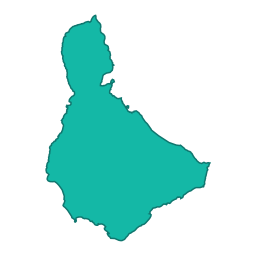 the district of North West Malekula, Malampa, Vanuatu
{"feature_id": "77236927B23242879306276", "entity_name": "North West Malekula", "entity_type": "district", "adm_level": 2, "iso_a3": "VUT", "parent_name": "Vanuatu", "parent_adm1": "Malampa", "projection": "albers", "projection_center": [167.222, -16.023], "detail": "fine", "context": "isolated", "style": "filled", "palette": "teal", "viewbox_px": 256, "rotation_deg": 0, "n_neighbors": 0, "source": "geoboundaries", "source_scale": "gbopen_adm2", "svg_char_len": 5710}
<svg xmlns="http://www.w3.org/2000/svg" viewBox="0 0 256 256"><path d="M180.5,145.2L179.6,145.5L176.3,145.1L169.0,142.5L158.5,135.7L151.3,130.0L151.2,129.4L147.3,123.8L145.2,121.8L142.4,117.7L141.7,115.8L139.8,114.2L139.0,112.9L136.3,110.9L134.0,111.3L133.8,112.0L132.2,112.2L131.3,112.4L131.4,112.7L130.2,112.0L129.6,112.2L129.5,111.9L128.1,111.3L126.9,109.1L125.8,107.6L126.3,107.5L128.4,108.0L128.6,107.0L128.5,106.0L127.9,106.1L127.6,105.8L126.8,106.2L126.5,106.6L125.9,106.8L124.4,105.7L124.4,105.3L124.0,104.7L122.4,102.9L122.7,102.6L122.4,101.7L121.7,101.0L121.8,100.5L121.2,99.5L121.3,98.0L118.3,98.7L117.4,98.4L116.8,98.4L115.6,97.2L115.1,97.2L114.8,96.9L114.5,96.3L113.8,95.8L113.1,95.9L113.2,95.7L111.9,95.0L111.4,93.8L110.7,93.8L110.4,93.4L109.8,93.3L109.6,92.5L109.8,90.3L110.8,89.5L110.6,88.2L111.5,86.9L111.8,86.0L112.0,85.4L111.7,85.0L112.2,83.6L112.3,82.8L114.3,81.8L113.7,80.0L112.4,79.4L112.2,79.8L111.5,80.3L111.0,81.3L110.5,83.8L109.7,83.9L109.2,83.6L107.5,83.9L106.5,84.4L105.8,85.1L104.0,85.7L103.8,85.5L102.8,85.9L100.4,85.6L100.6,83.3L101.5,82.0L101.8,81.8L101.8,80.4L102.3,79.0L102.9,75.8L103.5,74.8L106.4,73.1L110.1,72.4L112.3,70.2L112.8,67.7L112.6,65.9L113.8,65.1L113.1,64.5L112.5,65.0L112.4,63.8L112.7,62.9L111.8,61.6L111.8,61.0L111.5,60.4L110.0,58.8L110.1,57.4L109.9,56.7L110.5,55.2L109.8,51.9L107.9,50.1L108.4,49.6L108.6,49.0L108.1,46.5L107.5,45.8L104.6,44.2L104.1,42.3L104.1,41.2L104.9,38.4L104.8,36.2L103.6,34.3L102.2,33.5L101.5,32.8L100.9,32.6L100.5,31.0L100.4,28.4L100.8,27.0L100.6,24.7L99.8,23.3L98.1,21.8L96.2,19.1L95.9,18.3L95.9,16.3L95.6,15.4L94.5,15.7L92.8,17.2L91.5,19.5L91.0,21.3L90.3,21.6L89.9,22.3L89.7,22.4L88.4,21.5L87.7,21.6L85.2,22.3L83.5,23.5L83.1,23.4L82.2,23.8L81.4,23.7L80.8,24.2L77.5,24.9L77.0,25.5L76.4,25.3L75.8,25.7L74.8,25.8L74.0,26.3L73.0,26.5L70.3,28.8L69.3,30.3L68.9,31.8L66.0,33.1L65.3,34.2L65.2,34.8L65.2,35.3L65.7,36.1L65.7,36.3L64.6,36.5L64.0,37.2L63.4,38.8L63.1,42.2L62.4,43.3L62.6,44.2L62.4,45.3L62.6,46.7L62.0,47.5L62.0,50.7L61.5,51.6L61.8,53.8L62.6,55.7L62.8,55.7L63.0,56.0L62.7,58.3L63.4,60.8L63.3,61.4L64.7,63.8L64.8,64.4L64.5,65.2L64.6,65.9L65.7,67.4L65.7,68.2L65.8,68.5L67.0,69.9L66.8,70.9L67.1,71.8L67.3,72.9L67.1,74.5L67.2,74.8L67.1,76.2L66.8,76.6L67.3,78.4L67.9,79.4L68.0,80.9L68.7,82.4L68.6,83.3L70.1,85.9L71.0,88.3L71.7,88.8L72.7,90.2L73.0,91.2L73.8,91.4L74.4,91.9L74.6,94.1L74.0,95.3L73.1,96.0L72.2,96.3L70.8,97.7L69.5,99.4L69.1,101.2L69.3,101.7L69.9,102.0L70.7,102.1L70.9,102.3L71.0,103.0L70.9,104.4L70.3,105.1L68.0,105.5L67.1,105.4L67.3,106.0L66.9,105.7L66.5,106.0L66.3,106.8L67.6,108.3L67.7,108.8L67.5,109.2L67.2,109.3L66.7,110.0L67.0,111.2L66.6,111.6L66.5,112.3L66.7,113.0L64.8,114.4L63.7,116.2L63.4,117.5L63.4,118.0L62.7,118.6L61.9,120.0L61.4,120.5L62.0,121.2L62.1,121.8L61.9,122.7L63.4,124.8L63.5,126.2L63.2,126.8L62.4,130.4L61.8,131.4L61.5,132.7L60.3,133.2L58.8,135.2L59.1,135.3L58.9,135.9L58.3,136.0L58.0,136.4L58.4,136.7L58.3,137.2L57.8,138.4L56.2,139.3L55.7,140.0L55.8,140.5L55.5,141.0L54.2,141.3L53.4,142.4L51.8,143.6L51.4,144.4L51.4,145.5L50.2,146.2L49.7,147.2L49.6,148.0L50.2,149.2L49.9,150.5L50.0,151.0L49.6,151.7L49.8,153.0L49.1,155.0L49.1,156.5L48.6,157.1L48.8,158.5L48.3,160.2L48.8,160.9L48.8,161.4L48.7,161.8L47.9,162.2L47.1,163.8L46.8,165.7L46.5,166.4L46.9,167.2L46.9,167.9L46.2,168.8L46.1,170.2L46.6,172.6L47.5,173.1L48.9,174.5L47.7,176.6L47.2,178.6L47.2,179.3L47.7,180.2L48.3,180.9L50.1,181.6L52.8,181.7L54.3,181.5L55.2,181.9L57.0,183.3L58.8,185.2L60.0,186.8L62.2,189.9L64.3,196.2L64.1,197.4L64.3,198.0L63.9,199.1L64.9,200.8L63.8,204.0L63.4,204.2L63.3,205.1L63.1,205.6L63.9,206.6L64.3,206.8L65.2,207.6L67.6,210.2L71.6,216.4L71.9,217.7L73.9,219.0L74.8,220.0L75.0,220.5L74.6,221.2L74.7,221.8L75.2,222.1L75.7,221.8L76.3,221.0L75.9,218.7L76.1,218.2L76.5,217.7L78.7,217.0L81.2,217.0L82.3,217.4L82.7,218.0L83.4,218.2L84.3,218.7L85.2,218.5L86.9,218.7L88.5,219.2L89.3,219.8L90.3,221.3L91.3,221.5L92.0,221.1L93.1,222.6L93.8,222.9L94.4,224.0L95.2,224.8L96.0,225.1L97.1,225.3L97.9,225.1L98.3,224.5L98.1,223.9L98.3,223.8L98.4,224.2L98.7,224.3L101.3,223.9L102.8,224.3L104.5,225.4L105.1,226.3L105.2,226.9L105.5,226.9L105.1,227.8L104.4,228.2L104.6,229.4L105.6,230.5L106.5,231.0L109.2,233.4L109.1,233.6L108.7,233.6L107.5,233.3L107.3,233.7L108.4,235.8L109.9,237.0L110.7,238.3L114.7,238.5L119.0,240.3L120.7,240.6L121.9,240.6L124.5,239.4L125.6,238.1L126.0,237.3L126.7,236.8L127.8,235.6L129.1,233.6L130.8,233.0L132.3,231.9L134.4,230.8L135.6,229.7L136.9,228.1L139.1,226.4L141.5,225.6L141.7,225.0L142.0,224.8L144.1,224.2L145.6,223.0L149.1,219.1L149.9,218.0L150.8,216.3L151.1,214.8L150.2,214.0L149.5,213.8L149.9,213.6L150.1,213.2L149.9,212.1L150.2,211.4L152.2,209.3L152.6,208.4L153.6,208.0L155.1,207.8L157.2,206.9L157.9,206.8L159.2,207.0L160.3,206.6L161.5,205.9L163.4,204.2L165.4,204.1L166.4,204.7L166.8,204.4L166.9,203.5L167.2,203.2L168.7,203.1L169.7,203.4L170.6,202.7L171.4,201.5L172.9,200.4L175.0,199.3L176.1,199.0L177.4,197.2L178.0,197.1L178.4,197.3L179.1,197.0L180.4,197.3L180.8,197.9L180.8,198.5L182.7,197.5L183.6,195.1L185.4,194.0L187.3,192.4L189.5,191.1L190.7,190.9L193.1,189.1L194.8,188.1L196.1,187.6L200.1,187.6L202.4,186.8L203.4,186.8L203.4,186.3L203.8,186.0L203.4,185.5L204.4,184.6L204.7,183.8L204.5,181.9L205.0,180.4L205.1,179.6L205.5,178.2L205.4,177.2L206.0,175.8L207.0,171.0L207.8,169.8L207.5,169.2L207.1,167.7L207.4,167.0L208.6,166.5L208.7,166.2L209.2,164.2L209.9,163.0L208.1,162.7L206.8,163.1L205.9,163.2L205.0,162.9L204.5,162.5L203.7,162.4L201.7,163.5L199.3,162.8L197.3,161.1L196.6,160.4L196.3,159.7L194.8,158.3L193.3,156.1L192.1,153.8L191.7,153.3L191.1,152.9L190.9,152.3L189.8,151.5L188.0,151.0L187.5,150.5L185.2,149.5L184.7,149.1L184.5,148.5L180.5,145.2Z" fill="#14b8a6" stroke="#0f766e" stroke-width="1.5"/></svg>